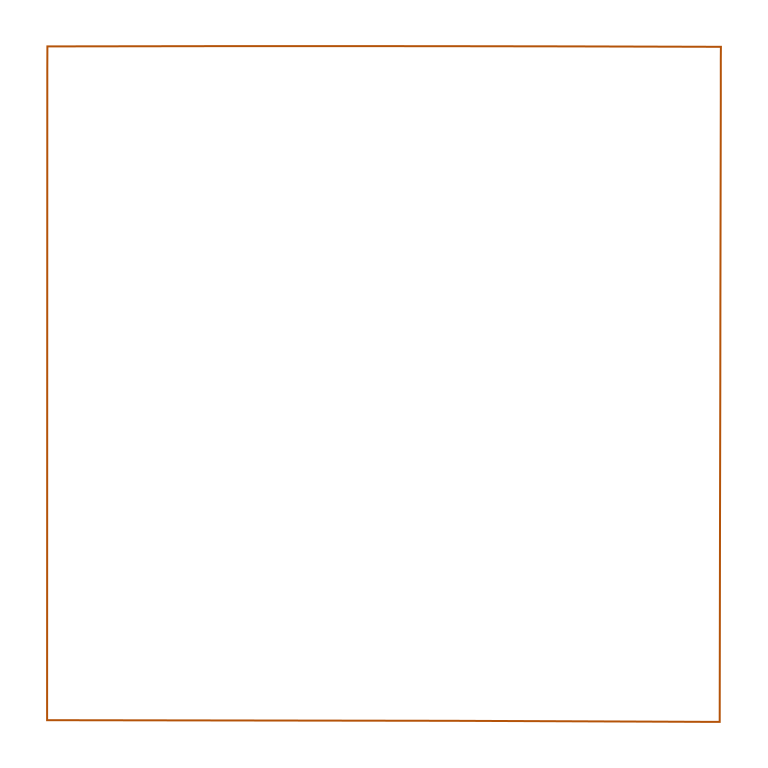 outline of Catriló, La Pampa, Argentina
{"feature_id": "61730980B1153371895886", "entity_name": "Catriló", "entity_type": "district", "adm_level": 2, "iso_a3": "ARG", "parent_name": "Argentina", "parent_adm1": "La Pampa", "projection": "orthographic", "projection_center": [-63.562, -36.582], "detail": "fine", "context": "isolated", "style": "outline", "palette": "amber", "viewbox_px": 768, "rotation_deg": 0, "n_neighbors": 0, "source": "geoboundaries", "source_scale": "gbopen_adm2", "svg_char_len": 452}
<svg xmlns="http://www.w3.org/2000/svg" viewBox="0 0 768 768"><path d="M719.7,721.9L720.0,525.7L720.3,381.2L720.3,376.2L720.4,300.8L720.8,98.7L720.8,91.0L720.8,85.8L720.8,61.7L720.8,59.1L720.9,46.8L719.1,46.8L718.3,46.8L572.5,46.4L526.0,46.3L513.9,46.3L448.2,46.2L316.4,46.1L286.7,46.1L246.2,46.1L55.2,46.4L47.4,46.4L47.3,68.0L47.1,720.2L56.9,720.2L451.6,720.8L716.0,721.9L718.2,721.9L719.7,721.9Z" fill="none" stroke="#b45309" stroke-width="2"/></svg>